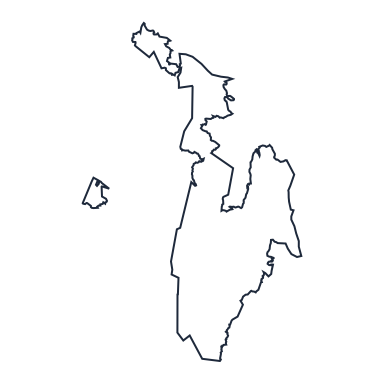 Silacayoápam, Oaxaca, Mexico
{"feature_id": "50627088B16315495781471", "entity_name": "Silacayoápam", "entity_type": "district", "adm_level": 2, "iso_a3": "MEX", "parent_name": "Mexico", "parent_adm1": "Oaxaca", "projection": "natural_earth1", "projection_center": [-98.148, 17.589], "detail": "fine", "context": "isolated", "style": "outline", "palette": "slate", "viewbox_px": 384, "rotation_deg": 0, "n_neighbors": 0, "source": "geoboundaries", "source_scale": "gbopen_adm2", "svg_char_len": 5987}
<svg xmlns="http://www.w3.org/2000/svg" viewBox="0 0 384 384"><path d="M177.5,294.5L177.4,332.6L183.3,340.5L189.7,335.5L202.2,358.8L219.9,361.0L220.2,360.6L219.9,360.3L220.8,359.5L220.1,358.3L221.0,353.7L220.7,352.6L221.9,351.2L221.5,350.5L221.6,349.6L221.3,349.2L222.0,347.2L221.7,347.0L221.9,346.7L221.3,346.6L221.4,346.3L222.2,346.1L222.3,345.7L223.3,345.6L223.6,344.9L226.2,344.6L226.0,344.1L225.9,342.3L226.3,341.8L225.6,339.7L225.8,339.2L226.4,339.1L226.4,338.1L227.4,337.1L228.1,335.7L227.4,334.2L227.6,333.0L227.3,332.5L226.8,332.6L226.0,331.9L226.5,331.6L226.3,331.3L226.9,330.7L226.9,330.0L227.6,329.4L228.2,328.2L229.3,327.6L229.6,326.6L229.3,324.7L230.1,324.7L231.6,320.6L232.5,319.6L237.6,316.6L242.9,304.7L240.5,300.7L241.8,299.9L243.1,296.6L245.6,294.7L247.7,294.5L250.9,291.0L251.3,290.8L252.3,291.4L254.2,291.6L255.7,292.4L256.3,291.4L258.4,289.8L261.1,282.0L261.8,282.0L261.2,280.2L261.7,279.7L261.6,279.0L263.0,278.0L263.1,277.0L262.8,276.9L262.6,276.0L263.8,275.1L264.1,273.2L263.6,272.1L265.3,273.1L268.5,276.4L271.2,274.0L271.6,270.8L273.0,264.6L272.2,264.5L271.5,265.1L271.0,264.6L270.1,265.2L269.0,265.0L267.6,263.8L268.0,262.5L269.1,261.6L270.0,261.7L271.4,260.7L271.9,261.6L272.4,261.4L272.9,260.2L271.9,258.6L273.6,258.2L273.6,257.9L270.9,256.8L269.3,256.7L267.4,255.8L267.1,253.7L267.5,252.2L268.5,251.1L269.6,249.1L270.0,245.3L270.8,243.1L271.0,239.9L272.9,239.7L274.6,241.7L276.4,242.2L277.6,243.1L285.6,243.5L287.8,248.6L291.4,254.1L297.0,257.0L301.3,256.0L298.8,246.7L298.8,241.1L296.2,233.4L294.4,226.2L291.3,219.6L291.3,216.4L293.5,210.3L290.8,209.6L289.1,201.8L288.7,197.5L288.6,192.0L288.3,190.5L290.3,185.8L294.2,174.6L286.9,160.7L286.7,160.9L286.0,160.2L285.4,160.2L283.4,161.4L280.5,161.9L277.8,159.8L277.0,159.5L276.3,159.7L274.2,157.7L274.1,157.1L274.8,155.7L274.9,153.8L272.4,149.3L272.1,147.7L269.6,145.0L269.1,145.6L266.3,146.9L265.0,145.9L262.7,145.5L259.3,146.8L259.7,147.6L258.2,149.0L258.8,150.3L258.7,151.1L259.3,152.6L259.7,155.1L259.5,155.9L258.7,154.1L258.0,153.0L257.4,152.8L257.0,151.7L256.9,150.3L256.4,149.4L255.5,150.2L255.3,151.5L253.5,153.3L252.6,156.4L252.3,159.4L251.1,161.8L250.5,162.3L250.7,167.4L249.5,169.6L249.4,171.9L250.3,173.7L250.7,175.2L250.3,179.0L250.9,183.5L249.2,183.6L249.1,184.5L247.9,184.2L247.1,185.7L247.2,186.8L247.4,186.5L248.0,186.7L248.2,189.0L246.9,193.4L246.2,194.2L245.5,197.7L243.7,200.0L243.6,201.1L243.8,201.6L243.6,203.3L243.0,203.9L242.1,207.3L241.1,208.1L238.7,206.7L238.1,206.6L235.6,207.5L234.3,207.1L233.8,206.7L231.9,206.9L229.9,206.6L229.6,206.8L231.9,208.2L232.4,209.2L229.9,209.7L226.5,211.6L226.0,210.9L224.1,210.3L222.7,210.1L221.5,210.8L221.8,206.5L222.2,205.6L222.2,204.6L223.3,203.9L223.1,200.2L222.7,199.0L223.0,197.5L223.4,196.9L228.2,194.7L233.1,168.2L211.3,153.1L212.1,152.6L212.1,151.2L213.2,150.7L213.7,149.7L215.4,149.7L216.0,148.9L215.9,148.3L217.4,147.8L218.4,146.9L219.2,145.8L219.2,145.2L215.2,141.9L212.9,140.8L211.9,140.8L210.8,140.0L211.0,137.4L209.9,135.7L209.6,133.6L207.6,133.0L206.7,131.4L205.6,131.3L202.6,130.1L200.9,128.2L202.1,126.2L201.5,125.1L202.4,125.1L202.6,124.6L203.1,124.8L204.6,124.1L205.7,124.8L206.0,124.4L206.7,121.5L205.4,120.0L205.4,118.8L206.1,118.6L210.8,119.0L212.0,118.1L213.4,117.8L213.6,117.1L213.0,116.0L215.5,116.9L216.6,115.8L218.4,116.3L219.7,117.7L220.7,117.4L223.5,118.2L224.3,117.3L225.5,117.0L227.7,115.6L230.8,114.8L232.4,113.7L231.3,113.0L230.5,111.6L229.4,111.1L228.2,109.8L226.8,102.5L226.4,101.4L225.9,101.3L224.7,100.0L224.4,98.3L225.1,97.0L226.5,97.1L227.5,97.5L228.2,98.6L231.0,100.4L233.5,100.2L234.0,99.6L234.0,98.9L231.2,96.6L230.0,95.9L228.0,96.0L227.1,95.6L226.6,94.4L227.0,93.2L226.3,90.7L224.7,88.9L223.6,87.0L223.4,85.1L224.1,84.3L226.0,84.6L226.6,84.0L226.7,83.0L226.2,82.3L225.2,82.0L224.8,81.5L232.2,78.9L227.9,77.5L221.0,76.7L212.1,74.6L207.8,70.7L201.5,63.9L192.6,56.8L185.8,54.3L179.5,53.8L180.8,63.6L179.8,64.1L180.0,65.7L179.7,66.5L177.6,66.9L176.2,64.2L170.8,63.6L169.6,64.5L169.1,64.4L169.0,63.7L169.5,62.9L167.0,61.1L167.3,59.8L167.9,57.9L170.3,57.5L169.8,54.5L170.5,53.1L170.5,51.4L170.7,50.9L172.2,50.5L171.7,50.0L170.7,49.9L169.3,48.0L166.2,46.3L165.0,44.1L167.6,43.8L167.8,41.7L168.3,40.8L168.9,40.5L169.8,40.9L170.3,40.7L166.8,37.9L159.5,36.6L157.8,33.4L156.7,34.4L154.1,34.5L153.6,34.0L153.5,33.1L154.2,32.3L153.5,30.9L152.9,30.5L150.4,31.0L148.7,30.6L147.0,29.6L144.6,25.5L144.7,23.8L143.8,23.0L142.3,25.1L141.3,27.3L140.4,32.8L139.6,31.5L136.4,33.1L136.3,33.9L133.5,33.8L133.2,36.1L133.7,36.7L133.7,37.5L132.3,38.3L132.5,39.2L132.1,40.2L132.9,41.9L135.4,42.0L135.6,42.9L134.9,45.4L135.5,46.1L149.3,57.2L153.8,51.9L161.5,68.3L164.7,67.7L165.9,68.3L165.9,70.1L169.5,73.3L170.8,73.6L171.0,73.3L172.2,73.9L172.1,74.8L173.5,74.7L174.7,75.4L175.5,72.8L178.2,72.1L179.4,68.5L181.2,67.8L180.5,72.6L177.7,77.1L178.9,82.0L178.9,87.8L192.1,85.9L192.6,86.7L192.1,118.2L184.2,131.3L180.3,146.8L180.8,148.9L181.9,149.3L182.1,150.4L183.0,150.1L185.2,150.6L188.3,150.5L189.0,151.7L192.4,153.3L193.7,152.9L194.4,151.9L196.1,152.8L196.8,153.5L197.8,153.6L198.7,154.9L198.9,155.9L199.6,156.1L200.2,158.5L200.5,158.7L202.1,159.4L203.7,158.7L203.2,160.7L202.7,161.1L201.9,160.3L201.0,161.8L199.5,161.2L199.1,161.3L198.6,162.3L197.2,162.8L195.8,162.4L195.3,163.1L193.7,163.9L193.5,165.3L192.1,167.3L192.9,168.7L192.4,170.4L192.8,171.5L192.1,172.5L191.9,174.2L192.4,175.6L192.4,177.9L193.1,179.6L193.9,180.3L194.6,182.9L195.8,184.2L196.1,185.4L195.1,185.8L191.3,182.1L180.2,227.8L176.9,229.3L171.0,261.5L172.3,269.7L171.6,274.5L178.5,277.8L177.9,294.4L177.5,294.5ZM91.7,181.5L82.7,203.2L83.1,203.7L85.1,204.1L86.5,203.0L87.2,203.1L90.9,205.9L90.9,207.1L91.7,207.8L93.4,208.1L97.8,207.8L97.2,206.7L98.6,205.6L100.4,205.6L100.3,204.4L102.7,203.9L103.3,202.3L105.2,203.7L105.5,202.3L106.5,201.9L107.0,200.9L106.0,198.8L102.0,196.5L101.6,186.7L101.9,186.4L109.2,188.7L101.9,183.1L100.9,181.8L99.4,181.0L98.7,183.9L97.0,185.9L96.0,184.8L97.9,180.1L93.5,177.7L91.7,181.5Z" fill="none" stroke="#1e293b" stroke-width="2"/></svg>